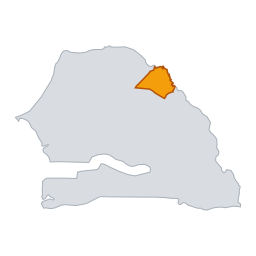 location of Matam, Matam, Senegal
{"feature_id": "50182788B95113260184043", "entity_name": "Matam", "entity_type": "district", "adm_level": 2, "iso_a3": "SEN", "parent_name": "Senegal", "parent_adm1": "Matam", "projection": "albers", "projection_center": [-13.438, 15.719], "detail": "fine", "context": "in_parent", "style": "filled", "palette": "amber", "viewbox_px": 256, "rotation_deg": 0, "n_neighbors": 0, "source": "geoboundaries", "source_scale": "gbopen_adm2", "svg_char_len": 6292}
<svg xmlns="http://www.w3.org/2000/svg" viewBox="0 0 256 256"><path d="M207.0,116.6L210.5,122.6L209.8,125.5L209.0,129.8L211.0,132.8L213.3,134.8L214.9,136.7L216.7,139.2L217.0,144.3L216.7,148.0L217.9,149.6L218.9,151.7L218.7,153.4L218.1,155.0L215.9,157.0L215.6,160.8L219.2,165.4L221.5,167.9L221.5,169.3L222.1,170.9L223.8,172.7L224.9,172.3L226.0,170.8L226.5,169.7L229.6,170.2L231.0,170.6L233.0,173.6L233.8,175.6L234.3,178.1L236.4,181.3L238.2,183.5L238.6,184.8L240.2,186.7L239.2,190.8L239.4,193.0L238.3,198.5L238.1,201.2L238.2,202.1L240.6,204.1L240.4,206.9L237.9,206.5L233.6,206.2L225.0,207.7L222.0,207.1L216.3,207.4L212.3,208.2L207.2,210.1L203.2,209.6L201.0,208.2L198.2,208.3L195.0,207.5L191.6,206.2L188.5,205.5L185.1,202.9L183.5,202.5L182.4,203.1L181.5,204.0L180.5,204.5L178.7,204.1L178.0,202.3L178.6,200.6L178.8,199.4L177.9,198.7L175.9,198.4L172.6,198.4L167.2,197.9L166.0,197.6L154.1,197.1L141.7,197.1L131.2,197.0L118.0,196.9L108.7,196.8L100.0,196.6L93.3,200.0L86.0,203.7L76.2,205.5L65.0,204.7L61.4,205.1L57.7,206.7L54.9,207.9L51.0,208.6L46.0,207.9L44.0,208.2L42.8,206.5L41.4,203.8L42.3,201.8L45.4,200.5L50.0,198.9L52.4,199.8L53.8,199.9L54.1,198.8L53.6,198.2L50.2,196.7L48.4,194.7L46.9,195.8L45.6,198.2L44.5,198.9L43.0,199.5L42.1,197.9L41.7,196.3L42.5,195.1L42.2,188.3L42.7,184.7L42.5,181.5L44.7,179.4L46.8,178.2L54.8,178.2L62.2,178.1L69.4,178.3L76.7,178.5L77.5,172.1L79.8,171.6L83.3,171.0L89.8,170.3L97.0,169.6L98.5,168.4L99.7,166.3L100.5,164.4L102.0,163.6L104.0,164.3L106.6,165.3L109.3,166.9L112.4,168.3L114.5,169.2L119.5,171.5L128.1,174.6L135.1,175.9L143.6,173.7L149.8,172.2L150.6,169.5L149.6,166.8L145.0,164.4L138.8,164.6L136.9,165.3L134.0,166.1L132.2,166.4L129.3,165.8L125.6,163.7L123.3,161.5L120.0,160.5L116.1,159.5L109.9,155.1L106.7,154.3L103.6,154.0L97.7,154.8L91.9,157.1L88.8,162.4L83.0,162.3L70.8,162.0L59.5,161.7L50.2,161.9L49.3,158.0L47.2,154.9L43.6,152.2L42.9,149.8L44.1,147.7L47.6,146.0L48.4,144.8L46.6,144.9L43.9,146.0L42.0,146.0L41.9,142.7L38.9,138.3L35.6,130.9L31.8,127.8L28.7,121.8L25.4,119.5L22.3,118.4L19.6,118.5L18.6,121.2L15.4,117.3L19.9,115.9L29.6,111.2L40.9,97.4L51.1,80.9L52.4,77.0L53.7,74.1L54.6,67.3L56.1,63.3L57.4,62.5L59.1,59.4L61.2,54.0L63.5,51.0L66.1,50.5L68.1,50.8L69.5,51.9L73.6,52.6L80.5,53.0L85.9,52.2L89.7,50.4L94.6,49.5L100.7,49.5L104.0,48.7L104.3,47.2L105.1,46.7L106.4,47.3L107.6,47.1L108.7,46.0L109.8,45.9L111.0,46.9L116.1,47.2L125.2,46.9L133.7,49.8L141.4,55.9L145.4,60.0L145.6,62.0L146.9,64.1L149.2,66.1L151.4,66.5L153.3,65.2L154.8,65.4L155.9,67.0L158.1,67.3L160.6,66.3L162.3,66.6L162.6,67.6L163.1,68.1L164.2,68.3L165.9,69.5L168.1,72.7L169.9,77.3L171.4,83.0L173.2,86.2L175.6,86.7L176.9,87.9L177.2,89.3L177.9,90.2L179.0,90.7L180.9,90.4L183.3,92.4L185.8,96.6L186.1,98.5L185.8,99.5L185.9,100.3L187.6,101.0L189.1,102.4L190.4,104.5L193.2,106.3L197.4,107.9L200.5,110.3L202.3,113.6L206.2,116.3L207.0,116.6Z" fill="#d9dde1" stroke="#a8b0b8" stroke-width="1"/><path d="M175.0,86.3L175.0,86.2L174.8,86.1L174.6,86.0L174.3,85.8L174.1,85.8L174.0,85.7L173.7,85.7L173.5,85.8L173.1,85.7L173.0,85.8L172.9,85.8L173.0,85.9L173.3,85.8L173.2,86.1L173.1,86.3L172.9,86.4L172.7,86.3L172.5,86.2L172.4,86.1L172.3,85.9L172.3,85.7L172.2,85.6L172.0,85.3L171.9,85.1L171.7,84.8L171.6,84.6L171.6,84.4L171.6,84.2L171.7,83.9L171.8,83.9L172.1,84.0L172.3,84.1L172.5,84.1L172.8,84.0L172.9,83.9L173.0,83.8L173.1,83.6L173.2,83.3L173.2,83.2L173.0,82.9L172.9,82.8L172.7,82.7L172.5,82.4L172.3,82.3L172.0,82.0L171.9,81.9L171.5,81.6L171.2,81.4L171.0,81.2L170.7,81.0L170.5,80.7L170.4,80.7L170.2,80.5L170.2,80.4L170.2,80.1L170.2,79.9L170.3,79.8L170.3,79.7L170.5,79.7L170.5,79.8L170.8,79.9L171.0,79.9L171.2,79.7L170.9,79.3L170.7,79.2L170.4,79.0L170.3,78.9L170.2,78.8L170.1,78.6L169.9,78.4L169.8,78.2L169.8,77.9L169.8,77.7L169.9,77.3L170.0,77.1L169.9,76.9L169.9,76.7L169.7,76.4L169.3,76.2L169.2,76.1L168.8,75.9L168.7,75.8L168.6,75.7L168.8,75.4L169.1,75.1L169.3,75.0L169.4,74.9L169.4,74.6L169.3,74.4L169.2,74.3L168.8,74.3L168.7,74.3L168.6,74.2L168.4,74.0L168.0,73.6L167.8,73.4L167.7,73.2L167.5,72.8L167.5,72.7L167.4,72.5L167.5,72.3L167.5,72.1L167.5,71.9L167.5,71.7L167.4,71.5L167.2,71.3L167.1,71.2L167.0,70.7L167.1,70.4L167.1,70.2L167.2,69.9L167.1,69.7L166.9,69.5L166.8,69.4L166.7,69.4L166.3,69.3L166.1,69.2L165.9,69.1L165.7,69.0L165.3,68.9L165.2,68.8L164.8,68.7L164.6,68.5L164.4,68.4L164.3,68.2L164.2,68.0L164.2,67.9L164.1,67.7L163.8,67.6L163.7,67.6L163.4,67.8L163.3,68.0L163.2,68.3L163.2,68.5L162.9,68.7L162.7,68.7L162.3,68.5L162.2,68.4L162.1,68.2L162.0,67.9L162.1,67.6L162.2,67.4L162.3,67.3L162.4,67.2L162.5,67.1L162.8,67.0L163.1,66.9L163.4,66.9L163.5,66.8L163.5,66.7L163.4,66.6L163.4,66.4L163.2,66.2L162.9,66.3L162.7,66.5L162.4,66.6L162.2,66.8L162.0,67.0L161.8,67.0L161.7,67.0L161.4,67.0L161.3,66.9L160.9,66.7L160.6,66.6L160.4,66.6L159.9,66.7L159.7,66.7L159.3,66.9L158.9,67.1L158.4,67.4L158.2,67.4L158.0,67.6L157.8,67.7L157.6,67.7L157.1,67.6L156.9,67.6L156.7,67.6L156.5,67.8L156.3,68.1L156.1,68.2L155.9,68.2L155.7,68.0L155.4,67.7L155.2,67.5L155.0,67.3L154.9,67.1L154.8,66.9L154.7,66.7L154.4,67.1L154.4,67.4L154.3,67.8L154.2,68.1L154.2,68.3L154.1,68.5L154.0,68.8L154.0,69.1L153.9,69.4L153.8,69.7L153.8,70.0L151.5,70.9L150.8,71.2L150.1,71.4L150.1,71.5L149.9,71.6L149.9,71.9L149.9,72.1L148.8,73.2L147.9,74.3L146.9,75.3L145.9,76.3L144.9,77.4L144.5,77.9L144.4,78.0L144.1,78.3L143.9,78.5L143.6,78.8L142.7,79.7L142.2,80.2L141.3,81.2L139.6,82.9L139.2,83.3L137.0,85.5L136.1,86.5L135.9,86.7L135.4,87.8L137.0,87.9L142.8,88.5L149.5,89.1L152.5,90.7L155.5,93.3L160.0,95.9L164.5,98.5L164.6,98.4L164.7,98.2L164.8,97.9L164.9,97.7L165.0,97.6L165.2,97.4L165.3,97.3L165.3,97.2L165.5,97.1L165.6,96.9L165.7,96.7L165.7,96.4L165.8,96.3L165.8,96.1L165.9,95.9L166.0,95.7L166.2,95.4L166.3,95.2L166.5,94.9L166.8,94.7L167.0,94.5L167.1,94.4L167.3,94.3L167.5,94.1L167.7,93.9L167.8,93.8L167.9,93.7L168.0,93.7L168.2,93.4L168.3,93.3L168.6,93.2L168.8,93.1L169.1,93.0L169.3,93.0L169.4,92.9L169.6,92.9L169.8,92.8L170.0,92.7L170.3,92.6L170.5,92.5L170.9,92.4L171.0,92.4L171.3,92.2L171.5,92.2L171.8,92.1L172.0,92.0L172.3,91.9L172.7,91.8L172.8,91.7L173.0,91.7L172.9,91.4L172.8,91.2L172.9,90.8L173.0,90.7L173.1,90.4L173.2,90.2L173.3,90.2L173.5,90.0L173.5,89.9L173.6,89.7L173.8,89.5L173.8,89.4L173.9,89.2L174.0,89.0L174.3,88.1L174.5,87.9L174.6,87.5L174.7,87.1L175.0,86.6L175.0,86.3Z" fill="#f59e0b" stroke="#b45309" stroke-width="1.5"/></svg>